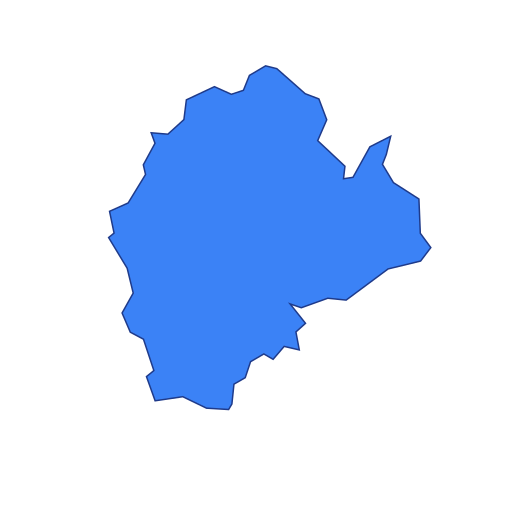 Elliott, Kentucky, United States of America, rotated 118°
{"feature_id": "52423323B57528187825252", "entity_name": "Elliott", "entity_type": "district", "adm_level": 2, "iso_a3": "USA", "parent_name": "United States of America", "parent_adm1": "Kentucky", "projection": "robinson", "projection_center": [-83.1, 38.132], "detail": "fine", "context": "isolated", "style": "filled", "palette": "blue", "viewbox_px": 512, "rotation_deg": 118, "n_neighbors": 0, "source": "geoboundaries", "source_scale": "gbopen_adm2", "svg_char_len": 884}
<svg xmlns="http://www.w3.org/2000/svg" viewBox="0 0 512 512"><g transform="rotate(118 256 256)"><path d="M87.8,274.2L89.6,288.8L80.8,325.6L83.6,336.8L99.6,346.6L115.6,344.9L124.8,353.7L126.0,372.2L150.8,390.8L169.4,383.7L189.8,391.0L196.4,406.4L203.9,398.1L228.4,398.3L235.9,391.8L269.2,393.8L285.3,406.3L302.4,392.1L308.9,394.8L327.3,364.0L346.4,347.0L369.2,347.5L382.3,331.2L382.3,316.3L405.1,292.4L413.9,296.1L431.2,277.1L414.6,254.6L413.6,228.3L404.4,208.1L398.0,207.8L379.5,215.3L368.5,208.4L351.9,211.2L338.8,203.1L339.2,192.4L322.6,188.7L318.6,173.7L304.3,185.1L292.2,180.7L282.3,203.4L280.4,191.7L259.6,172.8L252.6,155.7L205.4,133.3L183.2,108.3L166.5,105.6L158.8,121.6L129.2,138.9L126.7,169.1L115.7,187.4L105.2,188.6L87.0,193.3L106.1,206.7L141.0,207.3L146.7,215.0L135.0,219.6L125.2,255.7L102.5,257.5L87.8,274.2Z" fill="#3b82f6" stroke="#1e3a8a" stroke-width="1.5"/></g></svg>